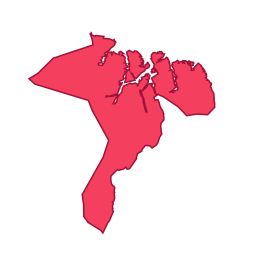 the district of Sør-Varanger nor, Finnmark, Norway, rotated 351°
{"feature_id": "86288312B98224162040661", "entity_name": "Sør-Varanger nor", "entity_type": "district", "adm_level": 2, "iso_a3": "NOR", "parent_name": "Norway", "parent_adm1": "Finnmark", "projection": "mercator", "projection_center": [30.163, 69.519], "detail": "fine", "context": "isolated", "style": "filled", "palette": "rose", "viewbox_px": 256, "rotation_deg": 351, "n_neighbors": 0, "source": "geoboundaries", "source_scale": "gbopen_adm2", "svg_char_len": 5747}
<svg xmlns="http://www.w3.org/2000/svg" viewBox="0 0 256 256"><g transform="rotate(351 128 128)"><path d="M37.9,63.9L43.0,70.1L93.1,94.5L95.6,105.6L107.0,137.2L98.9,153.0L72.3,186.7L72.2,196.8L70.5,208.5L73.9,215.1L85.3,225.0L86.7,227.8L93.7,217.8L94.9,217.0L100.5,208.1L99.8,206.0L100.5,205.4L100.3,203.3L101.6,200.2L101.0,198.8L102.5,198.1L103.7,195.5L104.1,193.6L103.8,192.8L104.2,192.0L104.0,190.2L104.8,189.6L104.5,188.1L105.5,184.8L105.0,183.4L103.7,182.4L102.9,180.0L102.9,176.5L103.7,172.7L111.1,167.4L112.5,168.4L117.2,167.7L119.8,166.3L120.4,168.1L121.1,168.6L123.2,168.4L131.6,159.6L131.8,158.0L133.5,154.7L138.0,153.0L138.6,151.3L142.4,148.0L146.7,148.9L148.6,151.5L153.1,149.4L155.0,147.6L157.7,142.2L160.5,139.1L160.2,137.1L160.7,130.3L161.7,128.2L164.7,125.6L165.2,122.5L164.9,121.5L165.5,120.0L164.9,116.1L163.6,113.9L163.4,111.9L163.0,111.4L162.8,108.1L162.0,104.7L158.8,104.9L158.4,101.8L161.5,100.2L160.1,97.8L159.1,92.0L157.6,90.0L157.8,88.2L158.3,89.5L159.2,88.9L158.3,87.7L154.8,87.9L151.9,91.1L147.4,93.7L146.8,95.0L147.5,99.3L148.1,100.4L148.3,108.0L149.3,115.1L148.2,114.9L147.6,110.6L147.7,108.6L146.8,108.1L147.5,108.3L147.1,105.0L147.5,102.9L147.1,101.7L147.6,100.5L146.8,99.1L146.9,98.2L146.1,98.2L146.0,97.3L146.5,97.1L145.7,96.3L145.4,94.7L145.9,94.3L145.4,92.7L146.0,92.5L146.5,93.8L147.6,93.5L155.0,86.1L155.5,84.5L154.3,83.1L156.8,82.8L156.7,81.9L157.8,80.0L156.3,77.4L155.4,78.1L155.1,79.3L154.5,79.0L154.7,77.8L154.4,77.5L153.4,78.3L154.3,78.8L153.9,79.4L149.2,80.2L149.6,81.8L147.5,83.4L146.8,82.5L146.3,83.4L146.4,84.5L144.5,87.6L143.9,87.7L144.3,86.7L144.1,86.2L142.3,84.8L139.1,85.1L137.2,84.1L130.4,85.9L128.6,87.9L127.8,91.1L122.9,95.6L121.0,100.0L119.0,102.0L117.5,101.7L118.2,101.4L117.7,100.9L120.3,96.9L123.4,94.6L120.9,93.5L118.7,94.2L111.0,93.7L111.7,92.8L114.0,93.7L120.7,92.8L123.4,93.7L123.0,92.2L124.8,89.4L125.1,87.9L125.8,88.0L127.0,85.1L126.2,83.6L128.4,84.5L129.2,82.6L127.6,83.0L127.9,82.3L127.0,81.9L126.5,80.5L130.7,79.6L131.3,77.9L131.9,78.3L131.2,76.4L134.1,72.7L133.9,71.8L135.0,72.1L136.1,70.7L134.0,68.8L137.4,67.7L137.3,66.7L135.7,65.3L136.2,64.1L134.6,63.2L135.7,62.3L135.5,60.6L136.2,57.6L134.1,55.2L133.3,55.3L134.4,53.6L135.2,53.8L132.8,51.2L130.9,51.7L131.0,54.1L127.5,52.7L125.5,50.5L124.3,51.1L123.3,54.0L123.5,50.4L120.5,50.1L118.7,51.7L118.4,52.5L118.7,53.6L117.8,53.5L117.3,55.3L116.3,55.5L115.8,57.6L116.2,58.0L114.7,58.9L114.8,59.8L113.9,60.7L113.0,60.8L112.7,62.1L108.8,61.1L108.7,59.9L109.1,59.4L112.5,59.5L112.7,58.0L111.8,56.5L113.4,55.1L113.4,53.8L116.4,53.4L117.3,51.8L116.7,50.9L116.9,50.3L122.3,47.9L122.7,46.8L126.4,44.9L127.9,43.7L128.0,42.3L129.3,41.6L129.2,40.6L127.8,39.9L128.3,39.4L128.1,38.5L127.0,39.2L123.7,37.1L117.7,35.6L118.5,33.8L110.6,31.6L109.8,32.3L105.6,29.5L106.5,35.7L106.4,40.5L65.0,47.4L47.7,59.9L37.9,63.9ZM173.1,57.9L170.8,57.5L169.9,58.9L169.0,57.9L168.1,59.1L166.6,57.7L164.4,57.7L162.7,59.4L162.2,60.8L162.3,63.0L161.4,63.2L164.0,69.8L163.2,71.1L163.2,72.3L165.4,76.3L165.0,76.7L166.2,77.7L165.8,78.2L166.2,79.3L159.3,82.3L159.3,83.9L160.2,86.4L159.9,87.2L161.5,88.5L161.2,89.1L161.5,90.4L159.9,91.8L160.8,97.4L160.3,97.7L161.8,100.1L163.0,99.6L167.9,102.8L180.5,114.5L188.0,125.0L198.1,125.0L208.7,127.3L217.0,121.0L217.0,118.7L217.5,118.0L217.3,116.9L217.6,115.1L217.0,114.0L217.7,112.9L218.1,106.9L216.7,103.9L216.5,101.0L215.9,99.8L216.7,98.3L217.5,98.6L217.2,98.3L217.4,96.9L215.5,95.3L215.7,94.7L214.9,93.5L213.7,93.3L214.3,92.9L212.5,90.5L213.7,89.6L213.5,88.7L213.9,87.8L213.3,87.5L213.8,86.9L213.7,86.2L212.5,85.3L212.1,83.4L212.8,83.6L212.4,82.6L211.7,83.1L212.1,82.0L211.5,81.0L210.9,81.4L211.1,79.8L210.2,79.2L210.3,78.0L207.5,75.0L202.0,79.3L202.2,79.7L201.5,79.5L201.8,81.2L200.1,81.2L199.5,80.9L200.1,78.5L199.5,77.3L199.6,76.7L202.0,76.3L201.8,75.5L203.1,74.3L203.0,73.4L199.8,72.4L199.9,73.3L198.7,73.3L200.4,74.4L198.5,74.1L199.4,75.4L198.3,75.4L197.1,73.8L199.6,72.1L198.7,71.3L196.9,72.4L195.6,70.7L192.8,70.0L192.3,70.3L193.8,71.9L193.9,72.9L192.2,72.3L192.2,71.3L190.9,70.7L187.1,72.2L189.0,70.7L187.4,68.9L184.4,70.5L182.7,70.0L183.0,70.3L181.9,70.7L182.0,73.5L181.1,71.9L181.2,73.5L182.6,77.0L182.5,79.7L182.1,79.9L182.4,80.5L182.2,81.7L183.9,83.6L184.5,85.2L183.7,86.4L182.9,84.6L182.4,84.3L182.2,85.2L182.9,86.2L182.2,88.9L182.4,89.8L183.1,92.1L183.7,92.0L182.5,92.4L183.0,94.2L182.7,95.4L183.8,96.4L182.9,98.1L179.5,98.6L178.6,100.1L177.0,99.1L174.0,99.4L177.9,98.1L181.7,94.8L180.8,91.9L181.0,88.5L180.4,88.4L180.7,87.5L180.3,85.5L180.9,83.9L180.4,83.6L180.8,82.5L180.3,80.9L180.9,79.8L180.6,77.4L178.7,77.5L179.3,77.1L178.9,74.8L179.6,73.6L179.1,72.4L179.4,71.0L178.7,69.9L179.2,69.5L179.0,68.4L177.9,64.8L177.1,64.2L174.9,65.9L172.9,65.4L171.4,66.8L171.6,65.6L170.6,65.5L168.8,67.3L166.0,68.1L168.6,67.0L168.6,65.6L174.0,63.0L175.6,60.6L172.9,59.8L173.8,59.0L173.1,57.9ZM145.0,54.2L141.2,51.5L138.7,52.8L138.6,55.9L139.5,57.8L138.7,60.1L139.3,61.6L139.4,65.0L138.5,64.7L139.3,67.2L138.7,67.9L138.5,71.3L138.0,70.3L136.6,70.8L134.7,73.3L134.1,77.0L133.5,77.8L133.8,78.8L131.8,82.6L142.5,81.9L141.8,78.9L141.1,77.9L141.3,77.3L139.7,74.6L139.9,74.3L141.0,75.2L142.0,79.1L144.1,80.2L149.5,75.8L153.7,74.0L154.2,72.6L157.9,71.5L159.1,69.7L157.8,66.3L157.3,66.5L157.5,67.2L154.6,68.5L154.4,69.8L153.8,70.5L153.0,70.4L152.8,69.2L151.1,69.9L149.6,69.1L149.1,68.2L152.6,67.8L152.6,66.7L151.8,66.7L151.6,65.8L152.7,66.1L153.1,67.6L153.3,66.3L153.0,65.1L153.7,65.2L153.9,64.2L153.4,63.2L151.5,62.8L151.8,61.8L152.8,61.7L152.1,61.1L152.0,60.2L152.7,59.6L152.2,58.8L150.0,60.0L151.8,57.5L148.8,53.6L146.7,52.9L145.0,54.2ZM162.2,72.9L160.4,74.2L160.7,75.8L159.9,75.9L160.1,77.3L164.4,76.9L162.2,72.9ZM105.7,29.4L106.1,29.4L106.8,28.8L106.5,28.2L105.7,29.4Z" fill="#f43f5e" stroke="#9f1239" stroke-width="1.5"/></g></svg>